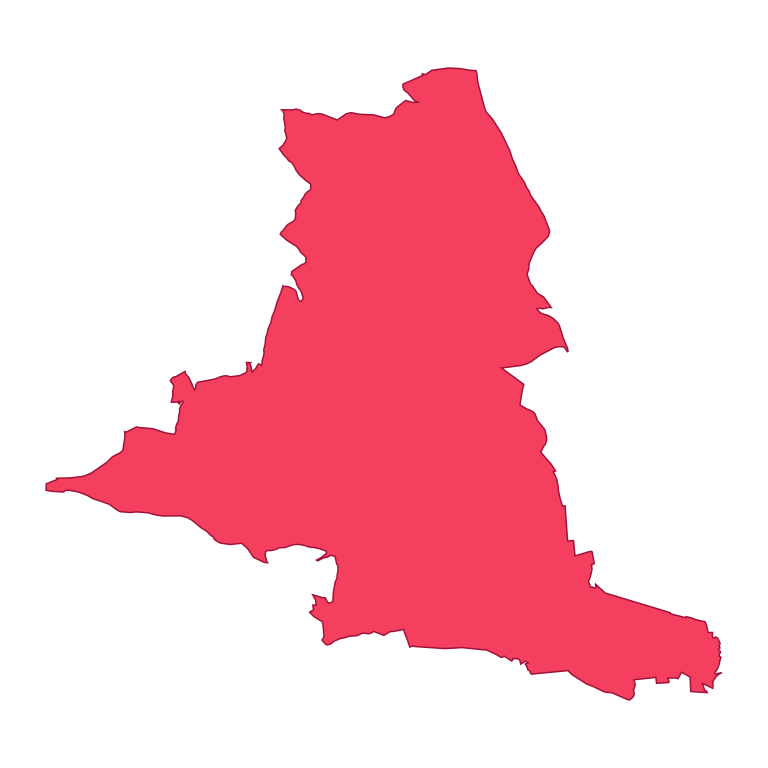 Lunca, Mures, Romania
{"feature_id": "2599482B60450426042638", "entity_name": "Lunca", "entity_type": "district", "adm_level": 2, "iso_a3": "ROU", "parent_name": "Romania", "parent_adm1": "Mures", "projection": "equal_earth", "projection_center": [24.567, 46.85], "detail": "fine", "context": "isolated", "style": "filled", "palette": "rose", "viewbox_px": 768, "rotation_deg": 0, "n_neighbors": 0, "source": "geoboundaries", "source_scale": "gbopen_adm2", "svg_char_len": 6101}
<svg xmlns="http://www.w3.org/2000/svg" viewBox="0 0 768 768"><path d="M712.7,688.3L713.0,685.9L712.8,682.7L713.5,680.3L716.5,676.2L718.9,674.2L721.9,672.7L715.9,673.8L714.9,673.6L714.8,672.5L717.3,669.2L719.2,664.2L720.2,659.3L721.0,657.4L719.2,656.2L719.4,653.8L720.5,652.7L720.1,651.1L718.5,650.1L719.2,648.4L719.8,648.3L719.8,647.1L718.9,645.8L720.1,643.9L719.1,641.0L717.3,637.8L715.9,637.0L713.7,638.1L712.7,637.2L712.4,636.1L712.5,632.5L708.0,632.4L706.5,625.0L705.1,621.8L694.0,619.2L693.9,618.7L688.6,617.2L686.1,616.7L685.8,617.7L670.4,613.8L670.2,612.7L669.3,612.4L605.2,593.0L595.6,584.2L595.5,585.5L596.1,587.6L594.4,588.1L592.2,587.0L590.7,587.4L588.5,581.8L590.5,576.1L592.0,569.4L591.6,564.4L593.0,564.3L594.3,563.5L592.1,551.8L591.7,551.4L589.1,551.7L575.0,555.9L573.5,540.5L567.6,541.0L565.1,505.9L562.5,506.1L559.9,497.7L558.3,489.6L558.2,486.4L556.6,478.8L553.2,471.6L555.6,470.9L550.9,463.9L540.5,451.9L541.6,450.7L543.1,447.1L545.4,444.2L546.5,440.7L546.6,437.0L544.8,429.6L537.4,420.4L535.2,414.3L534.4,413.1L533.1,411.8L529.3,409.8L527.2,409.2L519.9,405.0L522.5,389.3L523.8,384.4L501.5,368.0L520.3,365.6L526.9,363.8L531.2,361.6L540.2,355.0L554.7,347.5L557.8,346.8L562.7,346.6L564.8,347.8L567.3,351.7L568.0,351.5L567.5,348.0L563.5,338.8L559.4,325.7L558.0,323.1L553.0,318.3L548.5,315.7L541.1,313.3L536.6,309.1L539.1,308.2L543.0,308.8L548.6,307.4L551.3,307.6L543.7,297.1L537.4,293.2L532.7,286.3L530.4,283.7L527.0,274.3L529.0,268.3L528.7,266.7L529.5,262.3L533.9,251.9L535.9,248.5L542.9,242.0L548.2,236.4L549.6,232.2L549.5,230.4L543.9,215.7L541.1,211.3L538.5,206.3L530.7,195.5L529.1,191.2L526.6,187.5L524.3,182.2L518.3,173.4L516.0,166.6L512.5,159.1L509.7,150.5L501.2,132.8L492.4,119.1L486.6,112.4L485.0,109.3L478.7,85.8L477.7,81.5L476.9,73.7L476.0,70.6L470.9,70.4L460.1,68.6L448.3,68.0L431.8,70.3L425.6,74.6L422.3,73.8L422.2,74.8L422.7,75.4L402.9,84.2L402.9,86.8L404.1,90.1L407.9,93.0L414.3,100.4L417.8,102.3L412.7,102.4L405.6,100.5L396.8,107.4L395.2,109.9L393.8,114.1L390.3,116.2L386.1,117.6L384.4,117.7L373.3,114.8L359.7,114.3L351.1,112.7L346.4,113.7L337.3,120.0L322.8,114.3L318.4,113.5L311.8,114.8L308.7,113.3L306.0,113.3L301.5,111.5L300.9,110.4L296.2,109.1L292.0,109.9L281.7,109.8L283.0,111.0L284.2,114.9L283.7,118.7L284.3,120.8L285.3,127.1L284.8,130.8L286.5,136.6L286.6,139.1L283.0,145.2L279.2,148.5L280.4,150.5L283.9,155.2L286.9,158.1L288.5,160.6L291.8,162.7L294.9,167.5L295.8,169.9L299.3,174.7L305.3,180.1L310.7,184.1L310.9,185.7L310.4,189.8L307.1,192.1L304.9,194.5L304.1,196.4L301.2,200.4L300.6,203.6L299.4,204.3L297.3,206.9L295.2,210.5L295.7,212.4L295.4,218.7L293.6,221.2L288.2,224.2L286.2,226.2L283.2,230.3L281.4,231.9L280.2,234.3L286.8,240.2L296.8,246.6L299.7,250.2L300.3,251.9L305.8,257.0L306.0,261.6L305.6,262.4L304.2,263.9L302.2,264.3L291.8,271.5L291.3,274.9L292.2,275.1L295.8,280.8L296.8,284.4L298.8,288.2L300.7,290.4L303.3,298.3L301.4,301.2L299.1,300.8L297.8,297.9L296.0,291.1L293.9,289.3L289.4,287.0L286.5,286.4L284.0,286.5L283.0,285.7L280.8,292.7L277.3,301.5L274.6,310.8L272.2,316.2L270.9,322.5L267.9,329.5L267.3,332.9L265.7,337.8L265.1,344.3L263.7,350.1L264.1,352.5L263.8,354.9L262.1,360.9L262.0,365.0L261.0,365.3L259.9,364.2L258.7,363.9L258.1,364.3L255.4,369.0L253.2,370.6L252.2,372.0L251.7,371.9L251.0,366.4L250.5,365.0L249.4,363.8L250.6,362.6L246.4,362.5L247.1,366.1L246.9,371.6L244.8,373.2L239.7,375.6L230.6,376.8L226.7,375.8L224.5,375.8L220.4,376.8L214.6,379.1L197.5,382.3L195.7,385.4L195.9,387.4L194.6,389.9L192.9,387.0L191.8,383.7L188.7,377.4L185.5,373.6L185.1,371.4L175.2,377.0L174.9,376.7L172.7,377.5L170.3,380.6L171.1,382.1L172.0,382.6L172.3,383.6L172.9,383.6L173.7,386.1L172.8,391.4L172.8,395.8L171.3,402.2L177.5,402.2L179.0,401.3L178.7,403.6L179.6,403.8L181.9,400.8L182.5,400.9L183.4,402.3L180.9,405.4L179.5,409.2L179.7,412.1L178.7,415.6L178.4,420.9L176.8,424.0L175.7,427.4L175.5,428.9L176.1,429.3L175.4,432.5L174.2,434.3L165.6,432.9L152.9,428.7L138.8,427.5L136.6,426.9L126.4,432.0L124.6,431.7L125.0,433.1L124.8,437.6L122.9,450.1L122.1,451.0L120.1,452.8L112.5,456.7L106.6,462.5L91.1,473.2L83.1,476.4L69.1,478.0L56.6,478.2L57.2,479.4L46.3,483.8L46.1,490.3L52.0,491.3L62.6,492.0L63.5,492.0L65.9,490.3L69.4,490.3L78.4,492.0L87.0,495.3L92.7,498.5L109.4,504.3L117.1,510.0L120.3,511.7L130.2,512.5L136.8,511.9L147.9,512.8L156.9,515.2L163.0,516.0L180.5,515.8L187.6,517.7L192.2,520.4L201.0,527.7L206.5,531.1L210.2,534.8L214.2,537.8L214.1,539.2L218.0,542.0L220.6,543.1L230.0,544.5L241.1,543.3L242.4,543.9L247.8,548.8L253.4,557.2L264.1,562.4L267.6,562.7L266.6,561.1L265.0,555.1L265.7,551.8L266.8,550.6L270.8,550.6L275.9,549.5L278.9,547.8L284.6,547.6L293.6,544.6L298.6,544.4L304.9,545.5L308.4,546.9L314.5,547.6L320.0,548.8L325.6,550.9L326.5,552.0L326.1,553.7L320.8,557.8L316.5,560.1L317.9,560.8L323.7,557.7L325.7,557.6L326.7,556.9L327.5,557.2L330.9,555.2L335.0,556.5L336.8,564.2L337.5,564.8L338.0,567.1L338.0,570.4L337.1,575.2L337.0,578.1L335.2,581.9L333.4,591.7L332.8,601.7L329.2,603.2L327.4,602.0L325.4,597.9L322.3,597.6L312.7,594.8L315.6,600.1L316.3,604.9L312.8,605.1L313.5,609.8L309.6,612.2L313.8,616.5L321.0,620.9L322.7,622.4L324.0,635.9L323.5,637.7L322.0,640.1L325.1,643.7L326.8,644.9L330.5,644.1L334.9,640.6L338.2,639.6L340.0,638.5L344.9,637.7L348.5,636.4L357.1,635.6L362.9,633.0L368.5,633.8L371.2,633.1L373.3,631.6L374.3,631.6L383.8,635.4L390.0,631.7L394.1,631.3L403.9,629.5L404.5,632.8L407.0,638.7L409.8,647.1L412.7,646.0L415.8,646.6L445.0,648.6L462.0,647.6L486.8,650.1L496.1,654.4L500.3,657.0L501.9,657.4L504.4,656.2L511.6,661.0L512.4,660.4L512.9,658.6L517.6,658.7L519.7,660.0L520.8,664.1L525.2,661.2L525.8,661.3L528.1,663.0L525.4,663.8L525.4,664.3L527.1,667.1L527.9,669.8L529.5,670.7L530.2,671.7L530.5,673.3L531.4,674.1L568.0,670.6L572.0,674.6L586.6,684.0L593.2,686.5L603.2,691.4L606.2,692.3L612.0,692.8L626.1,699.0L629.4,700.0L632.9,697.3L634.1,694.9L634.2,693.5L633.5,690.0L634.8,686.7L635.2,684.7L634.1,679.7L655.9,677.4L656.5,683.3L668.0,682.6L669.1,682.0L667.9,678.2L675.3,677.9L678.1,678.6L681.5,672.3L690.1,677.0L690.7,691.5L707.2,692.7L706.6,691.1L704.8,690.4L702.3,683.3L712.7,688.3Z" fill="#f43f5e" stroke="#9f1239" stroke-width="1.5"/></svg>